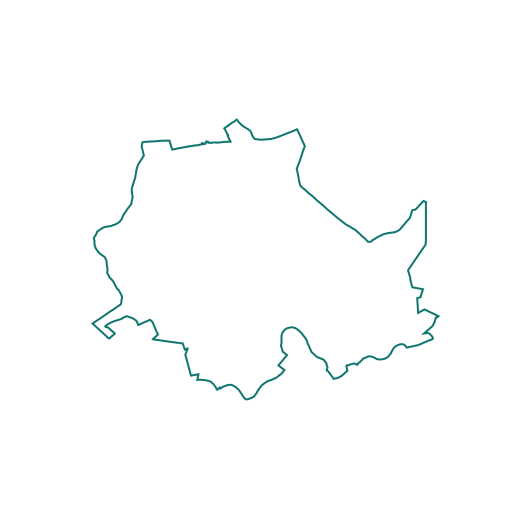 the district of Zabrani, Arad, Romania, rotated 154°
{"feature_id": "2599482B97657838869251", "entity_name": "Zabrani", "entity_type": "district", "adm_level": 2, "iso_a3": "ROU", "parent_name": "Romania", "parent_adm1": "Arad", "projection": "equal_earth", "projection_center": [21.569, 46.052], "detail": "fine", "context": "isolated", "style": "outline", "palette": "teal", "viewbox_px": 512, "rotation_deg": 154, "n_neighbors": 0, "source": "geoboundaries", "source_scale": "gbopen_adm2", "svg_char_len": 5968}
<svg xmlns="http://www.w3.org/2000/svg" viewBox="0 0 512 512"><g transform="rotate(154 256 256)"><path d="M308.2,408.0L310.7,404.7L312.8,395.4L322.1,389.7L325.3,386.3L330.5,379.0L333.5,376.0L338.3,370.8L340.0,366.4L341.1,362.9L344.5,358.7L345.1,357.5L350.0,355.1L357.7,350.7L360.4,348.1L363.6,346.6L365.5,346.1L369.3,346.1L371.7,346.5L373.0,346.4L377.2,347.8L379.9,348.5L384.0,348.2L388.1,347.5L389.1,346.4L389.9,345.8L393.5,343.5L394.1,342.8L394.4,340.8L394.9,339.8L396.4,336.1L396.7,333.3L396.4,331.3L396.1,329.8L395.9,328.1L394.4,324.8L392.7,321.9L392.4,320.7L392.4,318.2L392.7,316.5L393.5,314.7L394.3,312.1L395.7,308.2L397.2,306.2L397.0,304.3L397.0,300.7L396.0,297.9L395.5,295.6L395.3,291.7L395.2,288.2L394.8,286.5L394.3,285.4L394.1,279.9L394.6,277.3L396.1,275.5L397.5,273.2L398.6,271.9L407.9,270.4L411.1,270.1L422.0,268.4L432.5,267.0L427.5,254.3L424.8,247.2L424.2,246.4L424.1,246.2L417.0,248.1L416.9,248.5L417.9,250.8L419.4,254.3L419.9,255.8L420.7,257.0L422.1,257.9L422.3,258.9L419.3,259.6L415.7,259.8L411.6,259.6L410.4,259.3L404.2,258.4L403.4,258.5L403.0,258.8L398.5,258.6L394.8,254.8L393.2,252.6L392.0,250.4L391.9,248.9L392.0,245.6L387.4,245.4L386.7,245.5L383.5,245.4L383.0,245.2L379.3,245.2L379.1,245.0L378.1,242.4L378.0,241.7L378.4,233.7L378.6,228.4L381.3,227.5L385.2,226.5L385.1,226.3L376.1,220.1L360.2,209.5L361.0,203.0L358.1,202.9L358.2,202.6L362.8,198.2L364.3,190.2L365.8,182.5L366.9,177.0L359.6,174.9L363.1,170.3L362.9,170.2L361.5,169.9L358.0,167.8L355.4,166.2L353.9,165.0L352.1,163.3L351.4,162.1L350.5,159.7L350.1,158.1L349.6,154.7L349.8,154.3L349.7,154.0L349.5,152.8L347.9,153.3L346.1,153.7L346.1,152.5L343.2,153.0L337.7,152.4L334.6,151.0L333.0,149.2L331.5,146.6L330.0,142.7L328.8,133.3L327.7,131.4L325.7,130.8L322.6,130.5L319.7,130.5L315.6,132.5L313.4,134.2L307.9,137.1L304.0,138.0L300.3,138.4L296.2,137.9L290.9,137.7L286.9,138.7L285.6,138.7L280.4,141.0L283.8,147.8L271.5,153.4L273.9,158.2L272.8,164.6L271.3,166.5L267.9,173.4L266.0,175.4L262.6,177.1L260.3,177.4L258.4,177.2L255.2,176.4L252.4,174.2L251.2,172.2L249.6,168.8L248.5,165.6L248.6,164.8L247.7,161.1L247.4,157.7L248.0,154.6L247.8,152.1L248.0,149.9L248.2,145.2L247.4,143.6L245.6,138.6L240.7,133.3L239.7,128.6L240.3,127.0L240.6,124.4L242.6,122.3L241.7,120.8L240.0,111.4L238.9,111.3L236.6,110.6L232.2,110.6L224.3,112.7L222.9,117.5L222.2,117.9L220.9,117.2L217.9,117.1L215.8,116.7L213.7,115.4L213.0,113.9L212.0,114.1L211.3,114.9L209.5,115.0L204.3,116.8L198.2,116.4L195.1,113.9L194.9,113.5L193.9,112.4L192.7,110.5L190.9,109.2L189.0,108.2L187.0,107.6L185.1,107.2L182.6,107.3L180.6,107.9L177.7,109.2L175.3,111.1L172.4,113.0L169.9,113.7L167.3,113.7L165.3,113.5L163.1,112.6L161.9,111.5L161.1,110.0L160.7,107.6L149.1,104.8L145.3,104.6L143.7,104.6L137.3,104.3L136.7,104.0L133.5,104.0L133.1,104.3L132.9,106.2L134.0,110.0L135.6,111.7L138.9,112.7L128.2,115.6L124.8,118.0L121.3,121.8L119.8,121.5L118.4,122.0L128.0,134.1L135.2,133.8L129.6,147.4L127.2,147.1L126.2,146.8L125.5,147.7L120.5,152.9L129.1,159.3L129.0,161.0L127.6,167.4L127.0,168.3L126.1,173.4L125.8,176.0L125.2,176.8L98.6,191.9L97.9,193.2L97.0,194.4L79.9,229.5L79.5,229.7L81.1,231.9L82.5,231.6L86.4,230.1L89.6,228.8L90.7,228.3L91.3,228.1L92.2,228.0L92.9,227.9L93.3,228.0L95.0,228.6L95.7,228.4L96.2,227.9L99.0,224.8L100.2,223.5L100.7,223.0L101.2,222.7L102.0,222.3L102.9,222.0L108.9,219.5L110.9,218.6L114.8,216.9L115.7,216.6L116.4,216.5L118.3,216.4L120.7,216.6L122.2,217.0L124.0,217.6L127.8,218.8L131.3,219.6L132.4,219.7L133.3,219.8L135.5,219.7L136.5,219.6L137.0,219.7L138.6,219.7L139.6,219.6L142.4,219.2L144.3,219.2L145.2,218.8L145.7,218.5L146.1,218.5L147.1,218.7L149.0,219.6L150.7,224.6L151.3,225.6L151.6,226.3L152.2,227.9L152.6,228.9L152.7,229.6L154.2,233.1L155.2,235.6L155.6,236.3L157.2,238.7L157.8,239.7L158.9,241.5L160.6,243.8L161.1,244.5L166.0,254.4L167.8,258.6L171.0,265.6L173.3,271.4L174.9,275.1L177.0,279.6L177.1,280.3L179.0,285.0L181.3,289.8L183.0,294.4L184.0,296.0L185.2,299.4L185.2,300.6L184.3,304.9L182.9,309.4L182.1,312.5L181.5,315.4L181.1,316.6L174.8,322.4L170.9,326.5L167.0,330.5L164.0,333.2L163.9,334.4L163.8,340.0L163.6,345.5L163.6,351.9L167.9,352.0L185.3,353.5L191.0,354.5L200.7,358.4L202.5,359.5L205.3,361.4L206.3,362.5L206.3,364.2L206.6,366.0L206.3,367.6L206.2,369.1L206.3,370.7L206.8,372.1L207.6,373.5L209.9,376.9L211.7,380.5L213.2,385.4L213.4,387.0L213.8,387.1L214.2,387.0L214.8,386.8L216.9,386.4L217.9,386.4L220.8,386.0L222.2,385.8L222.7,385.8L222.8,385.7L223.0,385.5L223.3,385.6L223.4,385.4L223.7,385.5L224.4,385.3L225.3,385.2L225.8,385.1L227.1,385.0L228.6,384.6L228.7,384.4L228.4,383.6L228.4,383.3L228.3,382.9L228.4,381.9L228.4,380.7L228.4,380.3L228.3,380.1L228.4,379.4L228.4,379.0L228.2,378.0L228.1,377.3L228.1,376.7L228.8,376.5L228.7,375.9L228.8,375.1L228.7,370.0L231.5,371.1L234.8,372.6L236.4,373.1L240.7,374.7L244.1,376.6L246.4,377.2L247.0,377.4L247.1,377.5L247.2,377.8L247.8,378.0L248.3,378.3L248.9,378.5L249.2,378.6L249.1,379.3L249.0,379.7L249.2,379.8L249.6,379.7L249.9,379.8L250.0,380.0L249.9,380.4L250.2,380.6L250.3,380.7L250.7,380.5L250.7,380.4L250.9,380.3L250.9,380.2L251.2,380.0L251.6,379.8L251.9,379.8L252.2,379.2L253.0,379.1L253.5,379.4L253.8,379.4L253.9,379.5L253.7,379.7L253.7,379.8L253.8,379.9L254.0,380.1L254.6,380.4L254.6,380.5L254.5,381.0L254.9,381.1L255.1,380.9L255.1,380.5L255.5,380.5L255.5,380.1L260.4,381.3L263.3,382.5L265.3,382.9L266.5,383.4L268.2,384.0L268.5,384.0L268.8,384.0L269.2,384.2L269.6,384.2L270.0,384.5L270.5,384.7L271.0,384.6L273.5,385.4L276.8,386.3L277.8,386.6L279.2,387.0L279.6,387.1L280.5,387.4L281.6,387.5L282.3,387.7L283.7,388.2L284.0,388.3L284.4,388.2L284.6,388.3L284.4,389.4L284.3,391.0L284.0,392.7L283.6,395.3L283.2,397.6L284.5,398.2L285.1,398.6L287.5,399.7L288.8,400.1L290.4,401.0L291.4,401.5L292.0,401.6L293.4,402.1L294.4,402.5L296.2,403.2L296.8,403.5L298.6,404.2L300.0,404.8L300.4,405.0L300.8,405.2L301.1,405.3L301.6,405.6L302.2,405.7L302.6,406.0L303.4,406.2L304.7,406.9L305.2,407.1L306.9,407.5L307.6,407.8L308.2,408.0Z" fill="none" stroke="#0f766e" stroke-width="2"/></g></svg>